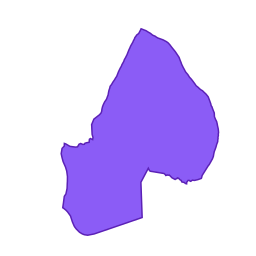 the district of Kurmi, Taraba, Nigeria, rotated 342°
{"feature_id": "59680162B29995960925404", "entity_name": "Kurmi", "entity_type": "district", "adm_level": 2, "iso_a3": "NGA", "parent_name": "Nigeria", "parent_adm1": "Taraba", "projection": "robinson", "projection_center": [10.665, 7.257], "detail": "fine", "context": "isolated", "style": "filled", "palette": "violet", "viewbox_px": 256, "rotation_deg": 342, "n_neighbors": 0, "source": "geoboundaries", "source_scale": "gbopen_adm2", "svg_char_len": 2811}
<svg xmlns="http://www.w3.org/2000/svg" viewBox="0 0 256 256"><g transform="rotate(342 128 128)"><path d="M62.7,123.0L61.8,125.5L59.0,127.0L56.5,131.8L56.1,136.0L55.9,139.9L56.5,145.9L56.4,150.1L55.4,155.5L53.8,160.2L53.2,161.7L51.4,166.6L48.6,171.5L46.3,173.3L43.4,179.4L42.6,181.0L42.3,181.6L41.3,183.7L41.8,184.2L43.6,187.0L44.6,189.1L46.1,193.8L46.1,200.1L46.5,204.5L46.8,205.8L47.6,208.1L49.7,212.2L51.8,214.6L53.5,216.0L56.5,217.5L63.1,218.3L83.5,218.0L113.8,217.5L123.5,183.6L133.8,173.6L134.9,172.5L135.3,175.3L136.0,176.1L138.0,177.1L145.7,181.1L148.2,182.4L149.1,183.9L149.2,184.8L150.0,184.9L150.7,184.7L151.5,185.3L152.7,185.5L153.6,187.2L154.4,188.9L156.9,191.5L157.9,191.2L158.8,191.3L159.5,190.7L160.1,191.2L160.6,191.4L161.1,192.6L161.6,193.5L162.5,194.4L162.4,195.3L162.5,195.9L163.8,196.7L164.8,197.3L165.4,198.5L166.5,199.2L167.1,197.7L169.0,196.4L170.1,196.8L170.6,197.7L171.2,198.1L172.4,197.7L173.1,197.5L175.0,198.4L178.6,198.7L182.1,198.6L182.6,198.1L183.8,196.1L190.6,190.4L192.5,188.8L193.9,187.9L195.9,186.1L197.7,184.4L198.7,183.5L200.4,181.4L201.7,178.9L201.9,178.6L202.7,177.2L204.7,174.7L205.7,173.4L207.4,170.8L208.4,169.6L209.1,168.7L209.7,167.1L210.4,165.8L210.7,164.6L211.7,162.9L212.0,161.6L212.7,160.4L213.3,157.9L213.6,156.2L213.8,153.8L214.1,151.7L214.3,149.3L213.9,146.8L213.7,144.0L214.7,140.3L214.5,137.4L214.4,135.4L214.4,134.1L214.4,133.7L214.0,132.5L214.2,130.5L214.1,127.2L214.0,125.2L213.9,123.1L212.7,119.9L211.2,117.2L210.4,115.6L209.3,114.4L208.2,112.8L207.4,111.2L205.8,108.8L205.4,107.2L204.6,104.8L203.8,102.4L203.0,100.4L202.2,98.8L201.4,95.6L200.2,92.8L199.9,91.4L199.7,90.0L199.2,87.5L198.7,83.9L198.7,82.3L198.6,81.0L198.5,79.4L198.4,76.6L197.6,73.7L196.7,70.5L196.3,69.3L195.2,66.5L194.3,64.1L193.5,61.7L192.4,59.3L191.2,57.7L188.6,55.0L184.2,51.6L183.1,50.4L182.3,49.2L180.1,47.3L178.6,44.9L177.1,43.3L175.2,41.0L173.7,39.8L171.9,38.3L171.1,37.7L170.5,38.4L167.4,41.4L166.3,41.8L164.9,42.3L164.1,43.0L162.5,44.1L161.5,45.4L160.1,46.7L159.1,47.9L158.1,48.8L157.1,49.7L155.7,51.0L154.7,52.2L153.0,54.0L151.6,55.7L150.6,56.9L149.9,57.8L148.2,59.5L146.9,60.8L145.8,61.7L144.5,63.4L143.1,64.7L141.7,66.0L140.7,67.3L139.7,68.1L138.3,69.5L138.0,69.8L136.3,71.6L134.6,73.7L133.2,75.4L131.5,76.7L130.1,78.0L127.7,79.8L126.3,81.1L125.3,81.9L123.9,82.8L122.9,84.5L121.6,86.2L120.6,87.9L119.3,90.4L117.9,92.1L116.6,93.8L115.5,94.7L113.8,96.0L111.8,98.1L110.4,99.8L109.1,101.9L108.1,104.0L107.1,105.3L105.0,106.6L103.0,107.3L100.0,108.4L98.3,109.0L94.4,113.6L94.1,115.0L93.5,117.1L92.5,120.8L91.9,123.0L91.8,126.2L91.1,127.4L90.9,127.9L90.8,128.1L89.0,126.4L87.8,126.8L86.6,129.6L84.1,129.2L82.3,129.2L81.5,130.0L79.9,129.6L78.2,128.1L76.4,128.3L74.2,130.3L72.3,130.0L67.1,127.5L64.0,124.0L62.7,123.0Z" fill="#8b5cf6" stroke="#5b21b6" stroke-width="1.5"/></g></svg>